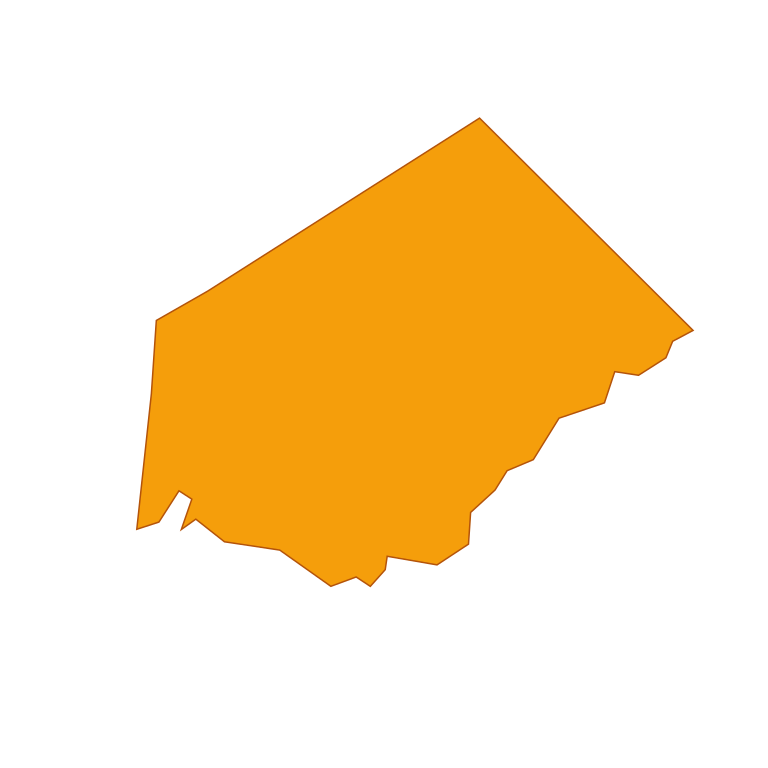 Jasper, Georgia, United States of America (Equal Earth projection), rotated 236°
{"feature_id": "52423323B27475125151595", "entity_name": "Jasper", "entity_type": "district", "adm_level": 2, "iso_a3": "USA", "parent_name": "United States of America", "parent_adm1": "Georgia", "projection": "equal_earth", "projection_center": [-83.762, 33.329], "detail": "fine", "context": "isolated", "style": "filled", "palette": "amber", "viewbox_px": 768, "rotation_deg": 236, "n_neighbors": 0, "source": "geoboundaries", "source_scale": "gbopen_adm2", "svg_char_len": 542}
<svg xmlns="http://www.w3.org/2000/svg" viewBox="0 0 768 768"><g transform="rotate(236 384 384)"><path d="M248.9,599.9L248.1,632.4L258.0,647.2L255.6,670.2L551.0,611.9L559.6,289.8L564.0,230.8L506.0,185.7L401.8,97.8L395.4,120.2L410.1,154.3L396.0,160.3L376.7,134.6L377.2,152.4L342.4,163.5L304.6,204.7L246.0,226.8L239.6,253.0L223.9,259.5L229.4,281.2L239.4,290.3L204.4,326.8L204.0,364.5L229.1,384.0L234.0,416.8L243.3,437.6L237.8,465.5L257.8,510.0L245.1,556.2L265.2,582.2L248.9,599.9Z" fill="#f59e0b" stroke="#b45309" stroke-width="1.5"/></g></svg>